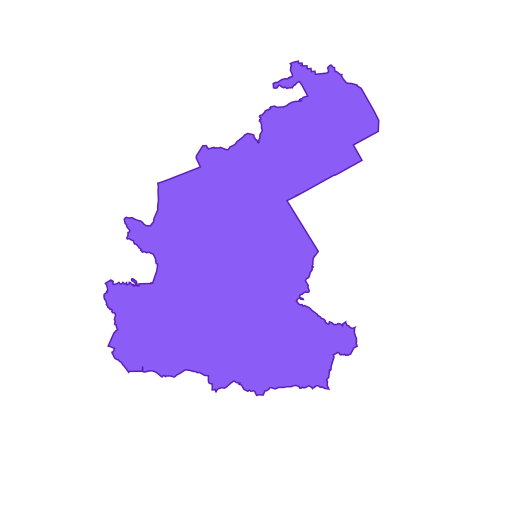 outline of San Juanito de Escobedo, Jalisco, Mexico, rotated 61°
{"feature_id": "50627088B12076447392742", "entity_name": "San Juanito de Escobedo", "entity_type": "district", "adm_level": 2, "iso_a3": "MEX", "parent_name": "Mexico", "parent_adm1": "Jalisco", "projection": "albers", "projection_center": [-104.014, 20.814], "detail": "fine", "context": "isolated", "style": "filled", "palette": "violet", "viewbox_px": 512, "rotation_deg": 61, "n_neighbors": 0, "source": "geoboundaries", "source_scale": "gbopen_adm2", "svg_char_len": 6150}
<svg xmlns="http://www.w3.org/2000/svg" viewBox="0 0 512 512"><g transform="rotate(61 256 256)"><path d="M400.0,264.2L401.1,264.0L402.5,262.7L402.7,261.6L405.0,260.2L407.7,256.8L403.7,256.4L400.3,254.3L398.5,254.5L397.5,251.3L391.3,246.9L392.1,246.3L391.5,245.3L389.1,243.9L382.1,236.7L380.0,236.3L380.1,231.1L381.4,230.3L383.1,230.3L384.9,227.1L384.9,226.1L386.4,225.7L386.4,224.8L387.3,224.0L387.6,220.7L383.9,215.1L383.9,211.2L381.0,210.8L379.9,209.7L376.5,208.0L374.3,207.9L369.3,206.6L368.7,205.7L367.2,205.2L366.5,204.1L366.2,206.4L365.2,207.6L363.9,208.4L361.9,208.8L361.0,209.9L358.0,209.9L357.1,209.5L357.5,213.1L359.0,214.1L357.5,214.4L355.4,216.0L354.9,217.2L355.3,218.0L353.7,221.2L351.7,221.7L349.2,223.5L349.4,224.1L350.8,225.2L350.8,225.8L347.9,227.4L347.4,227.5L346.2,226.8L344.4,227.2L342.0,229.1L340.3,229.3L339.9,229.8L338.6,230.2L338.1,230.9L337.0,230.6L330.9,233.3L326.9,234.5L322.9,237.6L322.7,239.3L320.8,239.2L319.8,241.5L315.2,242.6L314.9,241.6L313.9,240.9L313.7,239.2L314.0,238.0L315.3,238.0L317.0,235.7L316.0,235.6L314.0,237.4L312.8,237.6L311.8,237.0L311.4,235.6L311.9,234.1L311.5,233.1L311.3,230.8L313.1,228.0L313.0,227.0L312.4,226.4L311.1,226.1L308.1,225.7L307.3,224.6L301.6,224.8L300.3,222.9L300.4,220.6L299.6,219.2L296.7,216.6L295.4,213.6L293.8,212.9L293.6,211.5L293.3,211.2L292.4,212.0L291.0,210.5L285.7,207.1L282.2,199.3L222.6,202.1L223.1,189.9L222.7,190.4L223.1,186.6L223.1,148.9L223.7,147.3L223.7,116.9L206.1,117.0L206.3,88.7L196.9,82.9L186.7,82.5L160.4,82.7L156.3,85.0L155.5,84.7L151.4,88.8L149.2,92.3L148.3,93.0L143.4,93.9L140.3,94.0L138.9,92.9L138.2,94.3L133.8,96.1L133.1,97.3L131.4,97.0L129.4,96.0L127.9,97.3L125.6,97.6L125.1,98.7L126.0,102.0L129.9,103.1L130.5,105.0L125.9,116.0L122.9,114.9L121.6,118.2L118.6,117.0L117.2,120.4L114.3,119.2L112.5,123.1L111.4,123.8L111.6,122.9L109.5,122.2L108.3,125.2L106.1,124.5L104.8,128.9L104.3,132.7L107.0,132.7L107.1,133.6L110.4,135.9L114.5,136.2L116.5,137.1L116.5,138.9L115.9,139.4L116.5,140.3L115.9,141.0L116.4,142.4L115.3,144.1L114.2,147.7L114.6,153.2L113.6,155.0L113.5,157.4L117.4,159.1L118.3,158.3L119.1,156.4L119.0,155.6L117.9,154.0L118.1,152.5L120.3,151.7L120.2,151.3L122.2,150.4L122.4,148.8L124.5,147.6L124.5,146.7L125.8,143.9L126.0,142.4L126.3,142.4L125.6,141.4L124.9,139.5L125.4,139.1L124.2,135.6L124.6,133.4L128.8,133.0L141.2,133.2L140.1,137.9L140.9,139.4L140.3,140.5L140.3,141.9L140.9,142.8L141.4,141.7L142.2,141.3L141.7,143.0L139.7,147.0L139.6,148.5L138.9,150.0L138.9,153.7L139.4,156.5L139.0,159.5L136.3,165.2L135.8,165.9L134.0,166.9L132.7,170.6L133.1,171.9L134.0,171.7L134.1,172.1L134.0,173.5L134.3,174.0L133.9,174.1L133.5,177.6L134.7,178.8L134.9,180.5L135.7,182.1L135.0,184.1L135.7,185.4L137.9,185.1L138.9,185.6L138.5,186.6L139.5,187.6L141.5,187.0L143.8,187.5L146.8,189.2L149.5,189.7L151.6,193.4L153.3,194.8L154.4,195.0L156.1,197.5L157.9,198.3L158.2,198.9L157.0,199.5L155.2,199.0L154.0,199.8L150.3,199.9L149.5,199.3L148.7,199.5L144.8,203.8L144.7,207.3L145.6,209.6L146.8,217.2L148.1,219.9L148.3,222.3L148.0,225.9L149.5,228.5L149.1,229.9L143.6,234.6L143.7,235.5L142.9,237.3L142.0,238.4L141.5,240.1L140.6,240.1L139.3,245.6L137.4,245.9L137.5,246.2L136.0,245.9L135.1,246.2L135.0,247.0L133.7,249.0L139.6,259.6L141.4,260.8L151.2,261.5L146.4,297.5L145.5,303.3L144.7,306.6L148.1,307.8L151.7,310.2L160.0,314.3L165.3,318.2L168.0,319.5L173.8,327.1L176.6,329.2L177.6,332.1L178.0,332.2L178.3,334.1L176.5,337.0L174.5,338.4L171.3,339.1L169.5,339.9L166.6,343.1L162.3,345.8L161.5,348.2L159.3,350.8L159.2,351.6L160.0,353.4L163.8,354.6L166.1,354.2L168.5,354.8L171.2,354.1L173.1,354.2L173.6,354.8L173.4,356.6L176.1,358.1L177.4,360.0L178.2,360.5L178.9,360.0L179.3,358.4L180.8,357.8L183.5,355.8L185.6,356.4L186.7,356.3L186.9,355.6L188.3,354.9L191.0,354.2L192.4,354.2L194.1,353.2L195.0,354.1L196.5,353.5L197.4,353.6L197.8,353.2L197.7,352.1L198.7,350.9L200.0,350.2L201.2,347.2L202.7,346.6L204.3,345.0L209.4,345.2L214.2,347.0L215.4,345.9L220.8,349.9L229.7,359.7L228.6,360.8L229.2,361.1L223.6,371.9L225.4,372.9L224.3,374.1L220.1,373.0L216.8,374.4L217.0,375.1L216.2,375.1L215.7,375.5L216.4,376.4L217.4,376.6L218.6,375.7L221.5,374.6L221.9,375.0L223.2,374.6L224.1,374.8L223.2,376.0L222.9,378.3L222.8,376.9L221.6,376.9L221.0,377.5L221.0,378.5L218.7,378.7L217.6,379.7L218.9,380.4L218.7,382.8L219.0,383.2L216.6,382.1L217.1,384.3L214.5,385.2L215.4,387.6L214.6,388.3L212.6,388.7L212.9,391.2L211.8,394.5L210.0,394.3L209.5,393.4L208.4,393.4L207.6,393.9L208.1,394.2L207.8,394.6L206.6,394.8L206.9,401.0L209.0,400.7L213.6,402.0L214.6,403.8L215.4,403.3L216.0,407.5L218.0,408.7L220.3,409.4L222.5,409.1L224.1,409.4L225.3,409.8L226.0,410.5L227.7,410.0L229.1,410.5L230.1,410.0L230.5,409.4L232.0,409.7L232.6,408.3L233.7,408.0L234.7,409.1L236.2,408.9L236.9,407.3L238.5,407.2L240.1,407.9L242.8,410.6L245.3,411.0L246.8,412.7L247.8,412.5L248.6,411.7L250.5,412.5L253.4,412.8L253.5,414.7L254.4,417.5L263.5,429.5L263.3,428.5L268.3,424.5L270.5,427.2L270.3,428.5L271.1,429.0L271.4,428.8L276.5,429.1L278.5,428.3L280.1,426.8L282.4,426.2L283.5,425.4L286.6,425.3L287.8,424.8L296.1,423.7L295.6,422.5L301.7,411.3L297.6,408.6L302.1,411.1L303.6,409.5L304.7,405.3L306.1,402.4L309.4,399.6L315.9,397.1L316.3,396.5L315.8,396.0L315.9,394.6L316.8,393.8L317.6,393.8L317.6,392.4L319.6,388.8L321.7,386.8L322.3,385.8L321.6,382.4L321.8,379.7L321.3,373.0L323.9,369.4L326.6,366.8L327.7,365.0L329.7,363.8L330.5,361.8L335.4,358.9L337.7,355.7L341.9,358.1L344.0,358.7L345.2,358.1L346.6,356.4L350.1,358.1L351.7,359.3L353.0,357.3L353.1,356.3L356.0,357.1L355.2,356.6L353.8,354.0L354.4,350.1L356.3,347.5L356.3,345.7L354.8,338.8L354.6,335.8L357.7,334.1L358.0,333.1L358.6,333.0L359.3,331.7L360.0,333.0L361.8,331.3L366.8,331.2L368.4,330.1L370.4,328.7L370.0,327.3L370.3,326.6L371.6,326.3L373.0,323.1L374.2,322.8L378.2,323.1L378.7,320.9L381.1,317.1L378.3,313.6L379.0,312.0L378.8,309.5L378.0,308.0L378.9,306.0L381.5,303.8L382.0,299.6L384.3,295.8L385.1,292.8L387.5,288.3L387.6,286.3L388.1,284.8L389.2,283.1L391.3,281.6L392.8,281.8L393.6,280.4L393.1,279.2L394.7,277.9L395.1,275.8L395.0,272.6L398.1,271.0L399.3,270.9L398.8,269.6L399.4,268.5L398.8,267.9L398.8,266.5L399.0,265.4L400.0,264.2Z" fill="#8b5cf6" stroke="#5b21b6" stroke-width="1.5"/></g></svg>